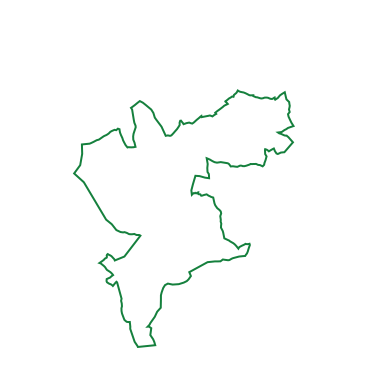 the district of Isiala Mbano, Imo, Nigeria, rotated 145°
{"feature_id": "59680162B35426409409773", "entity_name": "Isiala Mbano", "entity_type": "district", "adm_level": 2, "iso_a3": "NGA", "parent_name": "Nigeria", "parent_adm1": "Imo", "projection": "albers", "projection_center": [7.166, 5.667], "detail": "fine", "context": "isolated", "style": "outline", "palette": "green", "viewbox_px": 384, "rotation_deg": 145, "n_neighbors": 0, "source": "geoboundaries", "source_scale": "gbopen_adm2", "svg_char_len": 5412}
<svg xmlns="http://www.w3.org/2000/svg" viewBox="0 0 384 384"><g transform="rotate(145 192 192)"><path d="M277.9,274.8L275.0,262.0L278.2,218.6L276.2,211.6L275.8,204.2L273.5,200.2L271.6,198.4L270.4,197.9L269.6,196.9L268.8,195.8L267.7,193.6L266.9,192.9L265.7,192.0L264.7,191.4L263.3,190.7L262.7,189.6L262.0,188.5L260.9,187.8L260.1,187.2L259.6,186.6L259.3,185.8L284.4,177.9L294.5,180.2L294.2,181.5L294.4,182.8L294.6,184.4L294.8,185.7L295.4,187.1L296.1,188.2L296.6,189.5L297.5,189.4L298.3,188.9L298.6,188.2L299.4,187.2L299.9,187.2L301.7,187.4L303.0,187.0L305.2,186.9L308.5,186.9L307.7,185.8L306.6,182.0L306.3,180.2L306.4,178.1L306.3,176.8L305.9,175.9L305.3,174.4L304.8,173.1L304.5,171.7L304.3,170.1L304.3,169.2L304.9,169.2L306.0,169.2L307.0,169.1L308.3,168.9L309.6,169.2L311.8,169.6L312.7,168.6L313.2,167.8L313.4,166.8L312.5,164.5L311.3,162.7L310.8,161.2L310.7,160.4L309.6,160.7L308.4,161.1L306.5,161.6L305.4,161.8L305.2,160.9L308.0,153.1L310.9,145.0L312.5,143.5L313.4,141.1L314.9,138.6L316.5,137.2L318.0,134.9L319.0,132.7L319.5,130.8L320.4,127.3L320.7,125.9L320.0,123.2L318.9,122.1L317.5,121.2L319.7,117.2L321.1,115.3L324.9,102.2L325.0,97.2L325.2,96.1L310.0,87.6L308.9,90.8L308.3,93.6L308.2,98.7L303.5,103.8L303.9,105.0L304.5,106.5L305.5,107.1L303.0,107.6L301.1,108.6L294.1,111.1L289.2,113.9L286.7,114.5L284.0,115.1L279.6,121.1L276.7,125.2L274.4,127.2L270.6,129.9L267.5,131.2L264.3,130.8L261.0,127.3L255.7,124.1L250.7,122.5L247.4,122.0L244.9,122.4L241.1,123.8L240.2,127.9L219.5,125.6L213.2,122.1L208.5,118.9L205.4,119.0L204.3,117.9L201.8,115.6L201.1,115.1L200.3,114.8L197.8,114.6L196.4,114.3L193.9,113.4L190.4,112.1L187.5,110.5L185.1,109.1L183.8,109.7L182.3,110.1L180.4,111.3L177.9,113.3L175.0,115.4L174.6,116.6L175.2,116.8L176.4,117.4L177.5,118.3L178.0,118.9L178.6,118.8L179.9,119.0L182.1,119.4L184.6,119.7L185.5,119.5L186.5,119.0L186.7,122.5L187.0,124.5L187.5,126.3L188.4,128.2L189.2,129.9L189.4,130.8L192.1,135.5L189.8,140.7L189.2,142.4L188.7,146.2L187.3,148.0L186.2,149.2L185.5,151.3L184.3,152.8L182.7,156.0L180.4,157.7L179.6,159.6L179.8,161.5L180.6,164.3L180.6,167.7L180.1,169.8L177.8,175.3L179.1,176.9L179.5,177.7L179.8,178.3L180.6,179.6L181.1,181.1L181.4,181.7L183.7,182.6L186.0,183.3L186.6,183.7L186.6,184.4L186.5,185.2L187.3,186.0L187.8,186.4L188.0,186.6L188.0,186.9L187.6,187.5L187.1,188.1L187.7,188.3L188.5,188.4L189.4,188.5L189.7,188.9L189.9,189.5L190.4,189.5L191.1,189.7L191.5,190.2L193.7,189.8L193.0,191.1L191.6,193.7L186.8,197.8L179.9,203.3L176.7,200.7L173.1,196.3L170.1,193.5L168.7,195.7L167.9,197.1L167.8,199.5L165.7,202.9L163.1,205.9L160.6,211.2L158.8,208.4L157.6,205.7L156.4,203.5L154.7,201.7L151.3,200.0L147.7,196.5L146.2,195.0L145.7,193.9L145.6,192.4L145.6,190.7L143.7,189.6L141.8,187.8L140.4,186.6L137.4,186.0L136.3,185.1L135.5,184.0L134.4,183.2L133.0,182.6L132.1,182.3L128.9,181.4L128.0,181.4L126.9,180.5L125.3,179.5L123.4,178.2L122.3,176.3L120.9,175.1L119.4,172.5L117.3,172.9L116.0,174.2L113.5,175.9L110.5,178.4L110.3,181.1L109.4,182.5L108.1,184.6L107.5,185.1L106.6,183.9L106.0,182.5L105.7,181.2L103.6,181.1L101.4,180.9L100.0,180.7L100.2,179.6L100.6,178.4L100.7,175.1L99.9,173.9L96.5,173.3L93.5,171.6L80.8,174.8L81.6,181.8L82.0,183.0L82.1,183.8L82.6,184.3L83.3,184.7L84.2,185.9L85.1,187.5L85.9,188.8L86.9,190.0L87.4,191.4L85.1,190.2L84.0,189.7L82.4,189.7L80.6,189.7L78.9,189.4L76.6,189.4L74.5,188.8L71.0,187.8L70.8,191.9L69.7,198.3L68.7,200.7L66.1,201.5L65.2,204.0L63.7,205.3L62.5,206.5L61.7,208.3L60.8,210.0L61.5,213.7L60.5,216.3L58.8,220.5L62.1,220.7L64.5,220.7L67.8,219.8L70.9,219.9L70.9,220.3L70.1,222.0L70.8,222.1L72.4,222.1L73.0,222.3L73.6,222.7L74.3,223.4L75.0,224.4L75.4,225.2L76.2,226.1L77.2,226.9L78.3,227.6L78.9,227.8L80.1,228.1L81.5,228.8L82.4,229.7L83.7,231.4L84.3,232.2L85.2,232.9L85.9,234.0L86.4,234.8L86.8,235.5L86.3,236.1L87.4,236.8L88.8,237.7L89.3,238.2L89.7,238.8L90.5,240.4L91.5,242.2L92.6,243.9L93.7,245.0L95.0,246.4L95.7,247.5L96.3,248.9L96.7,248.7L97.2,248.3L97.9,248.1L98.9,247.7L100.2,247.6L101.3,247.5L102.0,247.4L103.0,246.5L103.4,246.2L104.0,246.8L104.3,247.2L106.2,247.2L108.1,247.4L109.9,247.2L111.5,247.1L112.5,247.2L112.8,247.0L112.5,245.8L112.3,244.6L112.2,243.6L113.1,243.7L115.3,244.1L116.2,244.2L117.8,244.0L119.9,243.9L122.7,243.8L124.9,243.8L127.5,243.6L127.4,242.1L129.5,242.3L131.9,242.2L133.4,244.4L135.1,245.1L141.2,247.8L140.7,248.9L141.6,248.9L144.0,248.6L146.8,248.4L150.5,247.9L152.5,247.9L153.5,249.0L154.5,250.5L157.1,251.6L160.0,252.4L159.9,253.7L160.0,254.6L160.1,256.8L160.8,257.1L162.3,256.0L163.0,255.0L163.7,253.9L166.1,252.9L168.2,252.1L171.2,251.4L173.5,250.8L174.5,250.6L176.4,250.2L177.8,250.6L179.3,252.2L181.3,253.1L179.5,263.0L179.8,271.8L179.8,274.3L178.3,278.9L178.1,282.9L180.0,289.9L181.0,293.3L182.6,296.4L185.2,296.3L188.9,296.0L192.0,295.9L193.7,295.9L193.7,294.6L193.8,293.8L195.4,290.5L198.3,284.5L199.5,281.8L200.2,278.7L201.0,277.3L202.9,275.9L206.5,273.2L208.3,271.3L210.1,268.5L210.8,265.4L212.4,261.4L214.4,262.3L216.1,263.4L217.4,264.4L218.4,265.2L219.3,265.5L219.5,268.6L219.1,271.9L218.8,273.9L218.1,276.1L217.5,279.5L216.9,281.9L216.2,283.5L215.4,285.0L216.4,286.4L218.6,286.1L218.9,286.4L219.7,287.3L220.5,287.5L223.0,288.0L224.6,288.1L226.5,287.7L228.4,287.7L229.7,287.8L230.5,288.0L232.4,288.3L236.0,288.3L238.0,288.3L238.8,288.5L240.0,289.0L241.2,289.2L242.9,289.4L243.8,289.5L246.7,290.0L248.1,290.3L254.9,294.1L260.1,286.2L268.2,278.1L277.9,274.8Z" fill="none" stroke="#15803d" stroke-width="2"/></g></svg>